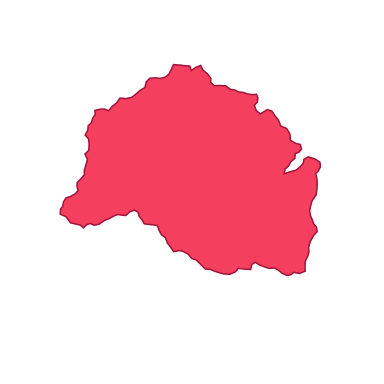 the district of Senhora dos Remédios, Minas Gerais, Brazil, rotated 333°
{"feature_id": "56859067B9863701766336", "entity_name": "Senhora dos Remédios", "entity_type": "district", "adm_level": 2, "iso_a3": "BRA", "parent_name": "Brazil", "parent_adm1": "Minas Gerais", "projection": "albers", "projection_center": [-43.6, -21.04], "detail": "fine", "context": "isolated", "style": "filled", "palette": "rose", "viewbox_px": 384, "rotation_deg": 333, "n_neighbors": 0, "source": "geoboundaries", "source_scale": "gbopen_adm2", "svg_char_len": 2263}
<svg xmlns="http://www.w3.org/2000/svg" viewBox="0 0 384 384"><g transform="rotate(333 192 192)"><path d="M209.1,287.7L212.5,283.7L216.6,283.4L218.8,287.5L222.5,291.5L225.8,294.9L231.1,297.2L233.5,301.0L235.5,305.5L238.8,309.5L242.4,310.6L246.4,309.9L250.6,313.4L256.9,313.9L259.1,309.3L261.6,305.0L266.0,301.7L268.9,298.7L270.9,294.2L274.7,290.0L280.3,286.1L285.5,284.1L287.0,279.9L286.0,275.7L286.6,270.9L286.9,266.7L288.0,262.7L291.0,258.7L294.7,254.6L301.2,251.0L304.3,246.7L307.3,241.7L309.6,236.1L310.5,231.6L314.2,230.6L317.8,227.9L319.5,223.7L316.8,218.6L311.6,213.5L306.6,213.7L304.0,217.1L299.8,218.6L294.5,219.8L288.3,218.4L282.4,217.6L285.3,213.9L289.9,212.6L293.8,209.9L298.9,208.7L301.5,204.7L305.2,205.1L309.1,203.4L310.1,198.8L306.5,195.8L303.2,190.7L305.6,184.8L305.2,178.5L301.0,173.3L301.7,167.4L300.5,161.6L299.9,156.1L296.5,152.8L292.3,153.1L288.3,153.4L286.3,148.7L286.9,143.1L291.0,141.6L293.4,138.2L293.8,134.3L289.8,132.5L285.9,129.8L282.8,126.4L279.0,124.1L276.6,120.7L272.6,117.7L270.3,112.7L264.3,109.3L260.1,107.4L258.4,102.8L260.4,99.2L259.4,93.7L257.2,88.6L257.2,83.1L251.7,82.7L246.5,83.5L247.2,78.7L243.4,76.5L239.3,73.7L233.4,70.1L228.8,73.7L224.9,76.5L220.6,77.5L215.6,76.5L210.5,73.3L206.2,71.5L201.3,73.0L197.5,77.5L191.6,77.9L186.9,79.2L181.3,80.3L175.7,78.9L170.5,75.6L165.2,78.4L160.1,79.4L154.6,81.7L151.8,78.4L148.1,76.6L142.5,75.2L141.0,78.9L137.1,81.1L133.7,84.7L129.6,85.8L127.3,89.5L122.7,92.8L123.9,97.7L122.1,102.6L118.9,108.0L113.8,109.6L113.7,115.4L109.2,120.3L105.8,123.9L104.0,127.7L99.5,129.6L94.1,131.5L92.0,134.8L91.2,139.0L87.5,140.5L81.8,140.8L76.9,140.1L73.0,142.5L70.4,146.0L67.0,147.6L64.5,151.9L68.5,156.8L69.8,164.4L74.4,168.2L77.4,170.7L79.0,174.7L83.2,173.3L87.1,173.9L89.6,177.2L94.5,178.5L101.3,177.6L106.6,178.1L111.3,177.9L115.5,178.3L118.8,180.6L122.2,182.9L127.7,181.4L132.6,182.1L134.7,185.4L133.9,189.9L134.9,194.7L135.0,198.7L139.1,201.5L142.8,203.8L145.9,206.4L145.2,211.6L145.3,216.0L147.6,220.4L146.9,226.5L147.8,230.8L148.6,236.9L153.5,238.2L156.6,240.3L160.4,245.7L161.5,251.0L164.8,254.4L166.9,260.5L168.8,266.6L173.2,269.3L175.9,272.5L178.6,275.3L183.0,279.3L188.3,282.5L194.2,282.9L198.7,281.1L204.2,284.8L209.1,287.7Z" fill="#f43f5e" stroke="#9f1239" stroke-width="1.5"/></g></svg>